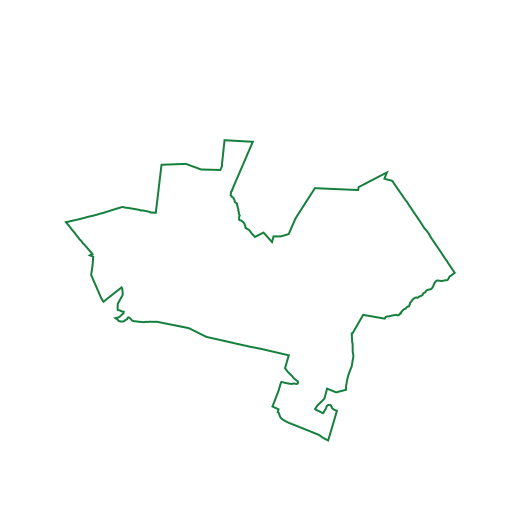 Ndaragwa, Central, Kenya, rotated 297°
{"feature_id": "3690345B3969033763932", "entity_name": "Ndaragwa", "entity_type": "district", "adm_level": 2, "iso_a3": "KEN", "parent_name": "Kenya", "parent_adm1": "Central", "projection": "mercator", "projection_center": [36.499, -0.079], "detail": "fine", "context": "isolated", "style": "outline", "palette": "green", "viewbox_px": 512, "rotation_deg": 297, "n_neighbors": 0, "source": "geoboundaries", "source_scale": "gbopen_adm2", "svg_char_len": 6128}
<svg xmlns="http://www.w3.org/2000/svg" viewBox="0 0 512 512"><g transform="rotate(297 256 256)"><path d="M364.0,316.2L361.1,317.0L348.6,289.6L343.2,277.7L307.2,274.1L290.4,275.2L284.8,269.3L283.6,267.0L281.4,262.7L278.8,263.3L275.7,263.9L280.3,252.1L272.5,246.4L274.1,242.0L276.2,237.7L276.1,236.4L276.1,235.6L276.4,234.9L276.2,234.1L276.8,233.4L277.4,233.2L279.0,231.6L279.6,230.8L279.9,230.2L280.2,229.5L280.5,228.8L280.6,227.8L280.9,226.6L280.5,225.6L280.5,224.9L280.9,224.3L281.8,224.0L282.7,223.4L283.8,223.1L284.7,223.1L285.1,222.3L285.9,221.6L286.5,221.1L287.4,220.8L287.9,220.1L288.5,219.5L289.4,219.3L290.8,217.8L291.8,217.1L292.4,216.4L293.1,215.8L293.9,215.3L294.3,214.5L294.2,213.5L294.6,212.5L295.7,211.8L296.4,211.0L296.8,210.3L297.3,209.9L297.7,209.1L297.6,208.2L297.8,207.4L298.3,206.9L298.6,205.9L299.7,205.4L300.7,205.1L301.9,204.6L302.8,205.0L303.7,204.6L304.5,205.0L305.3,204.6L356.3,201.3L344.9,175.4L324.2,183.3L323.3,183.6L322.5,184.0L321.9,184.4L320.8,184.8L318.4,185.1L316.4,185.1L308.2,167.9L307.8,164.9L307.7,163.6L307.2,159.8L307.0,158.3L306.9,157.3L306.8,156.5L306.7,155.5L306.6,154.6L306.5,153.8L306.2,151.6L294.4,130.4L249.0,147.1L247.3,143.1L246.8,142.4L247.1,141.7L246.5,139.0L245.1,134.2L244.7,133.5L244.2,132.7L244.3,131.9L243.5,128.9L242.9,127.0L242.0,124.2L241.5,122.6L241.1,121.2L240.7,120.0L240.3,119.1L240.0,118.3L239.8,117.5L238.9,114.5L233.4,108.8L224.0,99.2L223.0,98.0L222.5,97.4L221.8,96.7L221.2,96.2L220.6,95.5L220.0,94.8L219.5,94.2L218.4,93.1L217.7,92.3L216.6,90.9L214.3,88.1L212.5,86.3L209.0,82.3L199.8,71.3L198.7,74.0L198.4,74.7L198.1,75.4L197.9,76.0L197.5,76.8L196.8,78.3L196.4,79.0L195.7,80.5L195.3,81.5L194.9,82.6L194.5,83.4L194.2,84.1L193.9,84.7L193.2,86.0L192.8,86.9L192.2,88.0L191.8,89.1L190.6,91.4L190.5,92.4L190.2,93.3L189.1,95.4L188.7,96.0L188.3,97.7L183.5,109.4L181.2,107.7L181.4,110.5L181.5,111.3L173.3,114.7L171.3,115.3L169.6,116.0L167.1,116.7L164.2,117.8L148.1,137.3L147.6,138.1L147.1,138.9L146.5,140.0L146.0,140.9L147.1,141.4L148.0,141.8L148.6,142.1L149.3,142.3L150.4,142.8L151.2,143.2L167.0,150.5L166.4,151.3L165.7,152.0L164.7,152.6L163.2,153.6L160.7,154.9L150.6,154.5L149.7,154.9L148.6,155.5L147.7,155.8L145.1,157.4L145.4,158.5L145.6,159.2L145.8,159.9L145.6,160.7L145.7,161.6L146.3,163.4L144.5,164.0L143.7,163.5L142.7,163.1L141.9,162.8L140.2,162.2L139.3,161.7L137.8,160.2L136.8,159.0L136.6,160.8L136.4,161.7L136.0,162.5L135.8,163.3L136.0,164.0L136.0,164.7L136.4,165.7L136.9,166.4L137.2,167.2L138.0,168.0L138.7,168.4L139.7,168.7L140.3,169.2L141.1,169.9L142.1,169.7L142.8,169.8L143.4,170.2L143.5,171.1L143.3,172.3L142.9,173.4L142.3,174.8L142.4,176.1L142.6,177.2L143.0,178.2L143.6,179.6L144.4,181.9L145.2,183.8L145.5,184.8L145.8,185.4L146.8,187.1L147.4,188.0L148.3,189.8L148.7,190.4L149.2,191.1L149.8,192.5L150.7,194.4L152.4,197.5L161.2,228.9L161.4,248.6L172.5,292.1L174.6,299.2L176.1,304.7L176.3,305.7L176.8,307.6L177.3,309.8L182.4,330.3L169.2,332.8L167.5,336.3L167.1,337.2L166.8,338.1L166.4,339.5L165.8,341.4L165.5,342.5L164.4,344.8L164.1,345.8L163.9,346.6L163.2,350.0L162.6,350.9L161.6,351.0L160.9,350.8L160.4,350.3L160.1,349.4L159.8,348.1L159.4,347.3L158.9,346.8L158.4,346.2L158.0,345.5L157.7,344.5L157.4,343.7L157.1,342.9L156.9,342.0L156.6,341.1L156.2,339.4L156.0,338.8L155.9,338.0L155.7,337.3L155.5,336.5L155.3,335.8L153.4,335.9L145.2,337.4L129.4,339.0L129.6,345.7L128.9,345.9L127.9,346.0L126.8,346.2L126.6,347.1L126.2,348.0L125.4,348.7L124.9,349.2L124.2,349.9L123.6,350.7L123.2,351.4L122.8,352.2L122.6,352.9L122.5,353.7L122.3,355.7L122.2,357.7L122.2,358.5L122.2,359.3L122.2,360.0L122.3,361.7L122.5,363.6L122.6,364.6L122.9,367.8L124.0,379.7L125.1,392.4L125.1,394.0L124.9,395.1L124.7,396.4L124.6,397.1L124.4,397.7L124.4,401.4L124.4,404.0L127.4,403.5L154.8,398.4L154.8,397.6L154.6,396.8L154.5,395.2L154.6,394.3L155.0,393.0L155.4,392.3L156.8,390.7L156.9,389.7L156.5,389.1L156.3,388.3L155.5,387.6L154.6,387.2L153.9,387.2L153.0,387.4L152.0,387.5L150.9,387.5L150.0,387.4L149.3,387.3L148.4,387.3L147.3,387.3L146.5,387.2L146.3,386.5L146.4,384.6L146.2,378.8L146.4,378.1L148.3,378.3L149.3,378.4L150.5,378.5L159.8,381.7L170.1,379.6L170.9,389.3L171.6,390.1L177.7,397.0L178.4,396.5L179.4,396.0L180.1,395.7L180.8,395.4L183.7,394.5L186.1,393.7L187.8,393.3L189.5,392.8L190.5,392.7L191.4,392.4L194.8,392.0L195.4,391.9L196.2,391.8L201.0,391.4L201.8,391.2L207.5,389.3L208.3,389.1L209.0,388.9L209.7,388.7L210.5,388.4L211.4,388.0L212.2,387.5L213.0,386.8L213.6,386.3L214.2,385.9L215.0,385.4L219.3,383.2L220.9,382.3L222.0,381.7L222.6,381.0L228.5,377.6L230.5,376.5L230.8,377.1L252.2,378.2L258.6,399.1L259.4,399.1L260.4,399.2L261.1,399.7L261.7,400.4L262.8,402.1L263.9,403.4L264.5,403.9L264.9,404.6L265.5,405.3L266.2,406.2L266.8,407.0L267.2,407.9L267.4,409.2L268.0,409.8L268.7,410.3L269.6,410.3L270.1,410.9L270.7,411.1L271.3,410.6L272.0,411.0L273.5,411.2L274.2,411.4L274.8,411.7L275.9,412.2L277.1,413.3L278.2,413.4L278.8,413.6L279.9,414.3L280.8,415.3L282.2,414.9L283.0,415.0L284.2,414.6L285.0,414.8L285.7,415.0L286.6,415.1L287.7,415.3L288.6,415.4L290.2,416.2L291.0,416.7L291.8,417.6L292.0,418.6L292.3,419.1L293.1,419.4L293.9,419.9L294.7,420.5L295.8,421.5L296.7,422.1L297.8,421.9L298.7,422.0L299.6,422.7L300.6,423.3L301.3,423.4L302.0,423.4L302.8,423.7L303.6,424.1L305.2,426.1L305.6,426.7L306.5,427.1L307.5,427.5L308.5,427.6L309.5,427.7L310.5,427.4L311.8,427.5L312.5,427.4L313.5,427.4L315.1,427.7L315.7,428.0L316.3,428.4L316.7,429.2L316.9,429.8L317.2,430.6L317.5,431.3L317.7,431.9L317.9,432.8L319.1,434.2L319.7,434.9L320.2,435.6L320.7,436.5L321.2,437.2L322.1,437.7L323.1,437.8L324.9,437.7L325.7,437.9L331.2,440.7L332.6,438.2L333.9,435.9L337.1,430.1L338.2,428.4L338.8,427.1L339.5,425.7L340.3,424.4L340.9,423.3L342.4,420.7L343.2,419.3L351.1,404.9L352.3,402.9L353.5,401.1L354.1,400.2L355.2,398.2L356.1,396.2L357.5,392.9L359.5,389.5L361.3,386.4L364.2,381.2L365.7,378.3L367.6,375.0L368.7,373.0L369.1,372.4L369.4,371.8L369.9,370.8L371.0,368.9L371.9,367.4L373.1,365.3L373.6,363.9L376.6,358.5L379.8,352.3L384.1,344.6L384.6,343.8L384.7,343.0L384.6,341.9L384.1,340.0L383.6,337.8L383.4,336.4L383.2,335.3L389.8,334.7L384.6,330.9L364.0,316.2Z" fill="none" stroke="#15803d" stroke-width="2"/></g></svg>